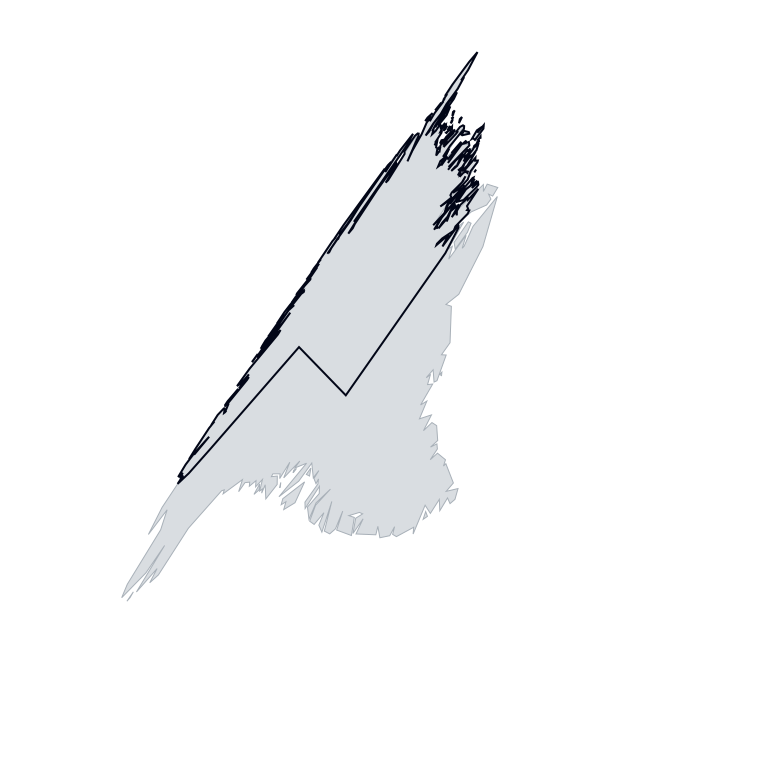 where Nationalparken sits in Greenland, rotated 305°
{"feature_id": "GRL-2742", "entity_name": "Nationalparken", "entity_type": "state/province", "adm_level": 1, "iso_a3": "GRL", "parent_name": "Greenland", "parent_adm1": "", "projection": "equal_earth", "projection_center": [-27.197, 77.317], "detail": "fine", "context": "in_parent", "style": "outline", "palette": "ink", "viewbox_px": 768, "rotation_deg": 305, "n_neighbors": 0, "source": "natural_earth", "source_scale": "10m", "svg_char_len": 9866}
<svg xmlns="http://www.w3.org/2000/svg" viewBox="0 0 768 768"><g transform="rotate(305 384 384)"><path d="M516.7,260.0L559.4,261.3L495.6,262.1L495.2,262.6L566.3,261.7L603.6,264.4L517.1,267.1L566.2,267.4L575.1,269.0L607.9,267.8L587.6,274.3L623.6,269.3L646.3,270.7L679.4,268.4L709.0,270.2L654.2,275.5L662.9,276.4L657.3,277.5L619.0,279.1L631.8,284.6L609.4,288.3L603.5,295.4L627.5,295.4L614.8,296.1L639.1,299.0L640.5,301.7L594.6,303.7L624.6,308.5L629.0,316.8L599.4,317.4L613.1,317.8L614.8,321.8L624.2,318.7L632.6,324.6L612.2,326.8L603.0,325.6L604.9,323.3L602.5,322.5L598.7,325.2L620.8,329.4L618.1,333.2L599.1,335.1L563.6,329.4L571.9,332.4L544.2,333.5L552.3,335.3L540.9,336.5L579.2,333.7L602.8,338.7L600.4,347.0L580.2,343.0L573.7,337.5L551.0,340.8L571.7,338.9L573.1,343.0L567.4,344.1L604.4,351.0L598.7,355.0L606.9,353.9L610.2,364.5L600.3,365.2L599.5,360.8L596.8,365.5L589.5,365.4L575.0,356.7L559.9,352.9L546.2,352.3L562.4,356.3L531.2,359.3L536.0,361.0L523.4,365.4L552.9,366.0L540.0,370.2L542.8,370.6L564.2,366.5L602.6,369.3L553.3,386.2L500.4,393.8L484.7,389.1L486.3,394.6L455.7,414.4L440.9,414.3L443.4,418.3L417.1,425.5L414.3,423.9L423.8,416.1L413.4,415.0L418.1,416.7L408.5,420.0L411.9,423.9L387.8,426.0L394.6,428.9L375.8,433.0L385.9,440.6L368.4,443.1L379.9,445.4L380.1,451.0L368.5,460.4L359.0,458.3L365.3,461.7L361.4,465.0L348.5,465.3L358.0,467.5L357.2,477.8L350.9,479.8L354.2,480.4L342.7,497.6L331.7,496.5L340.8,504.6L330.2,508.3L323.9,506.7L327.1,501.4L312.2,502.4L321.2,495.5L304.6,496.2L308.3,487.2L277.8,493.9L283.7,490.5L266.1,481.7L265.8,477.3L273.2,474.5L263.0,475.7L255.7,468.8L263.9,460.6L255.8,463.8L245.1,447.1L261.6,444.2L243.8,444.3L257.8,437.8L265.4,441.0L264.7,437.5L256.0,430.7L257.7,436.2L241.2,444.2L237.2,429.0L256.2,423.1L237.5,427.3L230.1,425.5L229.3,419.5L257.9,408.6L227.0,418.1L231.0,411.6L244.1,408.6L228.9,407.3L229.0,401.8L245.4,397.5L267.2,400.4L247.6,396.5L230.2,400.1L239.3,391.9L257.1,393.8L263.2,389.8L236.8,390.8L241.9,387.0L264.2,387.2L268.7,384.8L263.3,385.5L266.4,380.8L275.7,380.3L266.7,379.8L277.8,370.2L255.6,369.9L231.4,362.6L274.7,366.0L264.0,359.1L272.6,359.2L249.6,355.7L265.9,351.7L246.7,352.8L250.8,350.4L246.7,344.5L243.5,344.9L247.4,349.4L240.4,354.1L222.1,353.1L233.3,344.5L224.4,346.4L228.2,344.6L225.0,343.5L236.1,339.2L226.1,337.8L231.4,334.6L223.0,332.3L226.6,330.3L223.5,326.7L212.4,326.7L224.5,322.9L201.7,315.2L205.7,313.9L203.4,312.2L153.7,306.5L98.2,308.7L86.8,306.1L102.7,304.0L71.6,300.5L125.9,296.9L92.7,297.3L58.5,291.7L72.7,288.6L136.4,284.7L156.6,278.5L125.6,277.3L155.7,273.0L188.1,272.2L192.0,268.8L200.4,267.8L238.9,270.9L212.6,267.5L262.2,265.6L270.9,266.6L271.2,269.3L277.0,268.1L277.9,265.8L313.3,267.8L299.1,265.1L309.0,265.0L363.0,268.6L368.0,265.0L355.6,263.7L398.8,263.7L346.3,262.7L409.7,261.0L432.1,262.5L434.5,261.7L426.2,260.8L516.7,260.0ZM232.0,366.9L258.3,375.1L235.7,379.2L223.6,373.9L231.3,371.2L226.1,369.0L232.0,366.9ZM565.2,360.1L565.6,363.1L556.2,365.3L535.3,365.0L540.2,360.2L565.2,360.1ZM362.0,267.0L342.8,265.6L336.9,264.4L361.9,265.0L362.0,267.0ZM647.2,278.9L634.9,281.0L629.8,280.1L647.2,278.9ZM645.5,314.7L652.6,318.1L636.1,317.8L636.3,315.5L645.5,314.7ZM638.6,309.1L632.8,305.8L632.9,303.6L636.5,304.0L638.6,309.1ZM230.8,339.5L225.8,342.4L219.0,340.8L230.8,339.5ZM633.5,268.2L629.7,268.3L623.5,267.0L626.6,266.8L633.5,268.2ZM273.2,372.3L265.9,375.8L265.4,372.2L273.2,372.3ZM632.9,290.0L631.2,293.7L628.9,290.6L632.9,290.0ZM70.0,297.9L63.3,298.5L58.6,298.0L70.0,297.9ZM244.2,355.9L239.9,358.3L239.4,357.8L244.2,355.9ZM646.3,295.5L641.1,295.7L646.7,294.3L646.3,295.5ZM303.4,491.3L300.5,495.5L295.6,493.7L303.4,491.3ZM264.6,360.8L259.6,360.6L259.4,360.3L261.6,359.5L264.6,360.8ZM426.9,424.6L423.9,426.3L423.7,424.1L426.9,424.6Z" fill="#d9dde1" stroke="#a8b0b8" stroke-width="1"/><path d="M554.8,355.4L526.4,359.2L352.8,359.2L365.5,293.2L230.3,278.9L198.8,275.3L183.8,272.2L193.9,272.0L190.0,270.9L195.8,270.1L189.7,268.7L204.3,267.7L216.8,268.1L218.1,269.1L240.5,271.0L210.6,267.4L222.8,266.7L247.5,266.0L256.0,266.6L251.2,266.0L263.3,265.5L272.0,266.8L272.2,267.9L268.5,269.6L269.7,270.0L271.8,270.1L270.0,269.9L278.1,268.1L278.0,267.2L308.9,269.5L312.2,269.3L297.5,267.8L314.4,267.8L302.9,266.6L298.0,264.8L319.6,265.1L363.7,268.7L368.9,268.3L361.3,267.4L366.8,266.9L362.9,266.4L365.4,265.9L388.7,266.3L372.9,265.7L374.1,265.3L353.4,263.6L391.8,263.6L390.5,263.8L396.0,265.0L396.0,264.1L393.3,263.8L396.6,263.7L410.4,264.5L413.3,265.5L415.2,264.9L412.7,264.6L414.2,264.3L413.4,263.9L402.9,263.5L351.4,263.2L342.1,262.7L351.4,262.8L344.1,262.5L351.7,262.0L360.5,262.8L378.4,262.8L356.4,261.9L383.8,262.0L372.1,261.6L385.9,261.2L395.7,261.7L393.3,262.1L396.0,261.8L406.0,262.5L418.9,262.7L427.2,263.7L428.7,263.3L421.9,262.6L441.2,262.4L425.5,262.2L445.3,261.8L426.8,261.5L425.0,261.3L426.7,261.0L425.0,260.6L435.9,260.9L433.4,260.5L438.3,260.2L449.9,260.8L445.3,260.3L471.4,259.8L476.8,260.4L474.2,260.0L490.6,259.7L560.9,261.1L493.9,262.2L480.7,261.7L490.6,262.3L458.2,262.9L461.5,263.0L459.6,263.7L465.1,262.9L474.6,262.8L476.8,263.1L476.0,263.4L479.0,262.7L498.9,262.8L515.1,261.9L565.3,261.7L570.1,262.5L558.3,263.5L578.6,262.9L579.6,263.0L577.7,263.1L579.2,263.4L577.7,263.6L584.3,263.2L605.6,264.3L594.2,265.7L579.2,266.0L499.6,266.3L516.9,266.9L486.7,268.5L493.6,269.1L498.5,268.3L539.1,267.1L571.7,267.5L570.8,268.6L549.9,269.9L553.4,270.5L584.3,268.9L586.4,267.3L605.1,267.0L608.6,267.9L609.0,268.8L606.7,270.0L579.8,275.5L591.4,273.4L610.0,271.6L622.7,269.0L630.3,269.5L625.5,270.8L635.1,270.1L649.5,270.6L648.7,270.2L652.9,269.9L650.7,269.6L656.5,269.4L656.2,268.7L668.5,268.3L696.8,269.0L709.5,270.2L689.4,272.8L676.9,273.0L681.4,273.6L668.1,275.1L649.0,274.6L637.8,275.6L625.8,275.0L611.4,275.6L616.7,276.2L625.6,275.1L640.7,276.0L652.7,275.5L664.8,276.5L657.7,277.7L626.0,277.5L618.7,278.5L620.9,278.6L616.2,280.2L621.1,281.2L629.1,281.0L625.3,284.6L628.6,283.2L629.1,284.0L632.9,284.3L622.5,285.6L623.7,286.6L622.6,287.0L611.0,287.4L612.4,287.9L608.6,288.5L612.4,288.8L607.8,290.9L607.7,292.6L601.0,295.7L606.6,295.8L605.4,296.6L611.8,293.4L631.4,295.6L633.0,296.1L629.0,296.9L621.1,295.5L613.3,295.9L619.2,296.8L617.2,297.3L612.2,296.9L630.2,299.5L632.5,299.6L632.2,298.5L638.1,298.8L641.2,300.3L641.3,301.7L638.8,303.2L617.0,301.5L603.9,302.0L614.2,302.4L605.2,304.0L598.9,302.3L593.1,303.6L597.7,305.1L599.6,304.0L603.3,304.5L600.3,304.8L604.5,305.5L595.8,305.6L605.7,305.7L605.1,307.4L618.6,308.3L611.9,306.8L626.7,308.3L620.3,309.6L601.7,309.6L624.0,310.1L630.6,311.8L627.7,312.3L630.9,314.7L628.4,317.1L598.8,312.4L608.3,314.3L596.2,313.6L608.0,314.5L618.2,317.1L610.9,317.3L604.7,318.6L602.8,317.7L597.2,316.9L597.4,317.0L604.6,318.8L616.5,317.8L615.7,319.9L617.5,320.9L611.9,321.5L627.4,322.3L630.8,321.3L632.3,321.7L631.1,322.5L635.7,323.3L628.7,325.6L622.3,325.2L620.3,323.6L610.5,323.4L606.4,323.6L601.4,322.1L604.9,323.9L597.2,324.9L601.7,325.1L598.7,326.3L600.6,326.8L597.1,327.1L602.7,327.9L604.8,329.4L604.7,331.3L606.1,330.9L605.4,329.2L603.6,328.1L605.0,327.4L621.8,329.1L619.2,330.6L620.9,332.7L619.2,333.3L608.0,332.9L599.5,335.3L586.8,333.5L580.2,330.9L595.5,332.3L600.9,331.6L593.9,332.2L579.8,329.7L576.7,330.1L575.5,332.4L561.7,328.3L573.0,332.6L566.2,333.1L558.7,335.4L542.3,333.2L553.9,335.5L539.1,336.5L542.7,336.7L541.8,338.6L544.3,336.6L553.4,335.9L569.0,337.0L568.1,338.5L557.5,340.1L549.6,339.2L542.8,339.4L555.0,340.6L553.2,342.2L563.8,339.5L574.2,342.5L559.5,343.8L566.5,344.2L563.9,346.9L567.7,344.4L574.8,343.8L584.3,346.0L583.1,347.1L598.0,349.3L577.4,349.9L575.8,352.4L574.1,352.3L575.1,354.3L571.5,354.9L554.0,352.1L549.7,353.2L536.7,348.2L529.3,346.9L527.9,347.3L543.4,351.3L530.2,353.0L556.6,353.8L554.8,355.4ZM347.6,264.0L366.8,265.6L360.0,266.3L363.4,266.9L360.2,267.1L332.8,264.3L347.6,264.0ZM604.1,343.8L595.0,343.6L603.1,345.4L601.4,347.0L597.8,346.9L580.3,343.6L575.4,339.6L590.5,339.5L604.1,343.8ZM574.9,337.4L561.6,335.9L566.8,333.7L575.5,333.6L589.5,335.5L569.8,334.6L569.4,334.7L593.1,336.3L574.9,337.4ZM626.9,280.1L644.3,278.5L649.4,279.1L640.0,281.1L626.9,280.1ZM604.1,340.6L596.0,341.0L590.2,339.1L574.2,338.4L589.3,337.1L603.6,338.4L604.5,338.9L601.2,339.8L604.1,340.6ZM618.6,324.0L623.2,326.1L610.6,327.1L602.6,325.5L610.6,323.5L618.6,324.0ZM653.3,317.2L650.2,319.0L636.1,318.5L636.5,316.0L635.2,315.4L645.0,314.6L647.8,315.6L643.4,316.4L653.3,317.2ZM275.0,266.5L275.6,265.9L280.3,265.8L296.3,267.4L275.0,266.5ZM639.0,309.0L638.0,310.3L632.6,305.4L632.6,304.5L636.2,304.5L632.7,303.3L637.1,303.9L639.0,309.0ZM626.2,319.5L622.7,321.2L616.6,320.1L617.4,318.5L620.2,318.0L624.4,318.5L622.1,319.3L626.2,319.5ZM633.8,268.4L623.0,266.9L627.2,266.9L633.8,268.4ZM408.4,260.8L427.2,261.9L406.5,261.1L408.4,260.8ZM407.6,261.7L420.5,262.1L416.5,262.5L407.6,261.7ZM634.1,278.3L623.7,278.8L627.3,277.8L634.1,278.3ZM404.4,261.7L414.5,262.6L397.9,261.7L404.4,261.7ZM647.5,294.7L640.6,295.8L644.5,294.2L647.5,294.7ZM621.9,293.2L630.1,294.5L616.6,293.5L621.9,293.2ZM633.1,289.9L631.6,290.9L633.5,291.6L629.5,291.5L629.2,290.4L633.1,289.9ZM647.4,269.5L638.2,269.1L637.5,268.9L647.4,269.5ZM336.2,263.4L327.0,263.5L326.3,263.2L336.2,263.4ZM631.8,287.7L627.8,288.0L625.5,287.5L630.2,286.4L631.3,286.4L629.7,287.3L631.5,287.4L629.0,287.5L631.8,287.7ZM648.6,285.0L645.7,285.6L644.2,286.2L642.8,286.2L646.4,284.5L648.6,285.0ZM638.2,321.9L637.3,322.7L632.9,322.3L636.3,321.5L638.2,321.9ZM631.4,293.7L629.0,292.1L633.9,292.1L631.4,293.7ZM571.8,338.7L570.7,340.1L566.0,339.4L568.2,339.0L571.8,338.7ZM617.7,292.2L615.3,292.2L613.0,291.9L616.7,291.3L617.7,292.2ZM628.6,291.6L625.4,291.2L625.4,290.6L628.6,291.6ZM640.2,288.6L637.3,289.3L635.8,289.1L638.5,288.5L640.2,288.6ZM608.6,294.1L607.6,293.6L610.2,293.3L608.6,294.1ZM640.4,288.0L640.8,287.1L642.6,287.5L640.4,288.0ZM642.1,321.1L641.0,321.9L639.7,321.0L641.0,321.1L642.1,321.1ZM609.1,336.6L612.0,336.4L612.4,336.5L609.1,336.6Z" fill="none" stroke="#020617" stroke-width="2"/></g></svg>